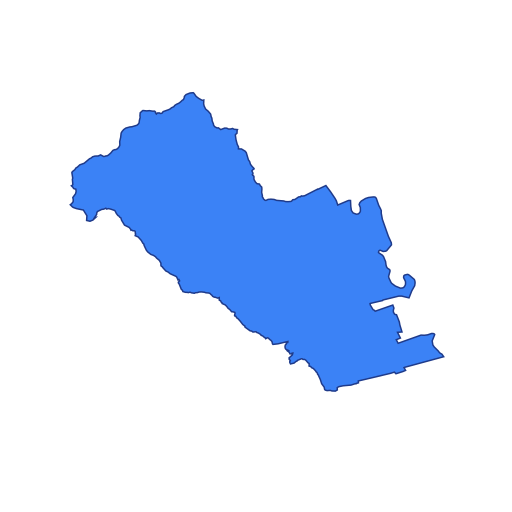 the district of Saulesti, Gorj, Romania, rotated 329°
{"feature_id": "2599482B57041086191744", "entity_name": "Saulesti", "entity_type": "district", "adm_level": 2, "iso_a3": "ROU", "parent_name": "Romania", "parent_adm1": "Gorj", "projection": "mercator", "projection_center": [23.467, 44.815], "detail": "fine", "context": "isolated", "style": "filled", "palette": "blue", "viewbox_px": 512, "rotation_deg": 329, "n_neighbors": 0, "source": "geoboundaries", "source_scale": "gbopen_adm2", "svg_char_len": 6091}
<svg xmlns="http://www.w3.org/2000/svg" viewBox="0 0 512 512"><g transform="rotate(329 256 256)"><path d="M363.4,432.6L363.3,431.3L361.9,425.7L361.8,423.3L363.3,419.5L368.7,415.4L368.7,414.7L368.1,413.8L366.5,412.8L362.6,412.0L361.2,411.4L359.4,410.6L356.7,408.8L332.9,404.0L333.1,400.0L337.5,400.7L338.0,394.3L342.0,396.3L343.8,389.2L344.9,386.3L346.2,378.7L345.1,377.7L344.8,377.0L344.9,374.8L345.9,373.1L347.4,371.7L348.0,368.5L329.7,364.7L329.6,363.7L328.7,362.3L328.7,357.2L329.1,355.6L329.5,355.5L341.6,359.4L342.2,359.1L357.7,363.9L360.2,365.4L365.6,370.7L371.6,366.1L376.7,363.2L378.5,361.0L379.1,359.8L379.5,358.5L379.6,357.6L377.7,351.9L377.1,350.5L376.3,349.7L373.6,348.9L372.7,349.0L371.6,350.1L371.3,351.1L371.1,354.1L370.8,355.3L369.6,357.2L368.6,358.1L366.5,359.0L365.3,358.9L363.3,358.0L360.0,353.6L358.3,349.5L358.1,348.4L358.6,343.3L359.2,341.7L362.9,338.2L363.5,337.2L363.5,336.4L362.4,334.2L362.3,332.7L362.8,330.7L364.2,327.5L365.0,322.2L364.8,320.5L363.1,317.0L362.8,316.1L363.0,315.8L363.8,315.0L364.9,314.8L365.5,315.1L367.3,317.6L369.7,318.7L370.9,318.7L377.9,316.2L378.8,314.3L379.6,307.3L383.2,289.7L385.4,283.8L386.7,281.7L387.0,280.0L387.3,275.7L388.8,268.6L388.7,267.5L388.3,266.7L387.0,265.8L382.6,263.8L379.5,263.1L374.6,263.1L372.4,263.8L370.9,265.0L370.4,268.2L368.6,271.3L367.8,271.9L366.7,272.4L365.4,272.6L363.6,271.9L361.4,269.1L361.2,266.1L362.8,262.3L365.6,257.1L364.3,256.2L363.0,255.9L352.3,254.4L353.3,250.1L353.4,247.2L353.0,239.4L352.2,231.6L343.3,230.7L343.3,230.4L328.7,229.4L326.7,228.6L325.8,227.8L324.7,228.1L322.9,227.3L318.5,227.6L316.5,226.7L314.7,227.3L314.0,227.2L311.4,225.9L309.4,224.6L308.1,223.1L302.3,218.9L300.7,216.9L298.1,215.0L295.5,213.7L293.2,213.5L292.5,213.0L291.8,211.1L292.0,209.8L291.9,208.5L292.5,207.7L293.6,204.4L295.5,201.7L296.4,199.9L295.9,197.9L296.0,196.1L294.1,194.5L293.6,192.3L293.7,189.5L294.1,188.5L295.1,187.0L295.2,186.2L294.7,185.0L294.9,184.2L295.6,184.1L296.1,183.3L296.3,180.9L298.2,180.3L299.1,180.4L299.4,180.0L298.8,177.4L298.5,174.5L299.2,171.7L299.0,169.8L300.9,162.4L300.7,160.6L298.7,156.8L296.1,155.1L297.2,153.5L297.4,150.7L298.0,148.6L298.8,145.9L300.6,141.7L301.0,141.3L302.9,141.0L304.6,138.5L305.2,138.1L302.4,136.0L301.6,134.6L300.0,134.2L297.9,133.1L296.8,131.4L295.0,130.2L290.9,129.5L289.8,126.8L288.5,126.1L287.2,123.9L287.0,122.1L287.5,120.9L288.0,117.7L289.2,115.0L289.3,113.6L290.2,111.0L289.6,107.3L288.5,104.1L288.8,100.7L289.5,98.6L291.6,95.4L290.5,95.1L289.9,94.6L288.1,91.4L286.9,88.4L286.6,84.5L286.3,83.7L283.4,82.3L279.2,81.6L276.8,82.3L276.1,83.3L274.3,84.6L273.2,84.5L270.5,85.1L268.4,85.3L266.1,85.0L263.7,85.1L262.6,85.7L259.7,85.4L258.6,85.7L256.6,85.6L250.7,84.4L249.3,85.1L248.6,85.1L247.3,84.5L247.0,83.7L245.3,82.7L243.7,83.0L243.6,81.4L244.0,81.2L244.0,80.7L243.7,79.6L242.1,78.7L239.5,76.5L237.0,75.3L234.1,73.1L233.6,73.0L230.5,73.6L228.7,76.1L228.1,77.5L225.9,79.7L224.4,81.6L223.4,82.2L221.3,82.6L216.2,81.3L214.3,80.4L210.3,79.3L207.7,79.5L205.3,80.3L203.7,81.2L201.1,84.6L198.1,87.7L196.4,90.8L195.1,91.8L192.6,92.7L190.7,92.6L189.5,92.0L187.7,91.8L184.6,92.9L181.4,93.5L179.7,93.4L179.0,92.9L177.9,92.8L176.6,92.2L174.9,89.3L172.3,89.0L169.4,87.4L167.1,86.8L165.0,87.1L163.4,86.9L156.5,88.0L151.9,87.1L148.7,87.8L146.9,87.8L145.2,88.7L142.0,89.1L141.1,89.7L139.0,94.9L138.1,95.7L135.8,100.4L135.3,100.7L133.9,100.7L134.5,102.9L134.4,103.7L134.7,104.7L136.0,105.9L135.0,108.1L133.4,109.7L129.1,111.5L128.3,113.7L127.2,115.3L124.9,116.2L123.2,116.4L124.0,119.6L124.6,120.6L126.5,122.9L131.7,127.7L131.8,134.4L129.1,138.3L131.6,140.7L134.7,141.2L138.4,140.4L137.2,140.0L140.8,138.3L141.7,137.0L143.0,136.2L147.7,136.6L149.6,137.4L151.9,137.7L152.1,138.8L154.0,139.4L155.7,141.1L158.3,144.2L158.4,145.2L158.2,147.6L158.5,150.2L159.0,150.9L159.2,152.6L159.8,153.8L159.2,156.0L159.2,161.8L162.0,166.2L162.3,168.2L162.1,169.5L162.7,169.6L163.4,170.9L164.8,171.8L165.1,172.6L164.9,173.3L164.3,174.1L164.2,175.1L162.9,176.3L164.8,179.0L165.7,183.7L165.6,186.7L166.0,188.0L165.5,189.4L165.0,194.7L165.3,196.8L166.7,200.5L168.4,202.6L169.5,204.9L169.7,206.5L170.9,210.0L170.8,213.2L169.8,214.8L169.5,215.6L170.2,217.3L170.1,217.8L171.0,222.4L172.4,224.5L173.3,227.0L176.9,232.2L177.2,233.2L176.8,236.4L177.8,236.4L177.7,238.0L176.0,238.4L175.6,239.0L175.7,240.7L174.8,246.1L175.3,247.6L175.0,248.8L176.8,250.8L178.4,251.8L179.0,252.5L180.8,253.0L181.7,254.3L184.0,256.2L185.2,256.3L186.9,257.2L188.7,257.6L190.6,258.6L193.1,260.5L194.1,261.7L196.3,263.3L197.2,264.2L197.6,266.0L197.9,266.6L198.1,268.3L199.0,269.8L199.7,270.2L201.5,272.4L203.1,272.7L201.8,274.8L201.8,275.2L202.6,276.0L202.4,277.7L202.8,278.8L202.5,279.3L204.5,282.2L205.0,284.5L205.1,286.3L206.0,288.6L206.4,291.2L207.6,292.1L208.8,293.4L208.5,294.4L207.1,295.7L206.9,296.4L207.6,297.1L207.7,299.4L208.2,300.2L208.9,303.7L209.4,307.9L210.4,310.4L210.0,311.0L210.0,311.5L212.4,317.1L213.6,318.1L214.2,319.6L217.0,320.9L217.4,322.2L218.2,323.0L219.0,324.5L219.6,325.9L219.5,326.6L220.6,328.0L221.2,330.0L221.7,330.7L221.7,331.9L223.6,331.9L224.3,332.8L224.9,335.0L225.4,336.1L225.6,337.7L224.9,339.7L225.0,340.5L229.6,342.6L239.3,345.7L238.7,346.5L237.1,346.3L236.4,347.2L235.2,347.4L234.0,348.9L233.5,350.4L233.5,351.0L234.0,352.1L235.4,354.0L234.8,354.5L234.3,354.2L234.9,355.7L234.7,357.4L236.1,358.2L236.8,357.8L237.6,358.2L236.2,359.5L231.8,360.4L231.6,361.4L231.3,361.5L231.5,363.4L230.7,363.7L230.1,364.7L230.0,366.3L233.5,367.4L236.0,367.0L237.1,367.2L237.7,366.8L242.1,367.5L242.6,367.9L243.0,368.9L244.3,369.6L245.0,370.9L245.6,374.5L246.2,375.5L244.8,377.7L245.9,378.8L246.2,380.5L247.2,381.9L247.9,385.1L247.9,386.5L248.2,386.9L248.2,388.3L247.9,389.0L248.1,389.9L247.5,395.1L246.5,399.3L246.9,403.5L246.1,405.7L246.3,406.6L247.6,408.0L250.4,409.4L251.6,410.8L254.5,412.7L256.7,412.7L257.8,410.7L259.5,410.6L263.8,412.1L271.0,415.6L275.4,416.6L275.8,417.1L276.4,416.9L278.5,417.5L279.3,415.8L311.0,425.9L314.8,426.8L315.3,429.0L322.4,430.7L325.3,431.1L325.4,427.9L326.2,428.0L365.0,439.0L364.8,435.9L363.8,434.2L363.4,432.6Z" fill="#3b82f6" stroke="#1e3a8a" stroke-width="1.5"/></g></svg>